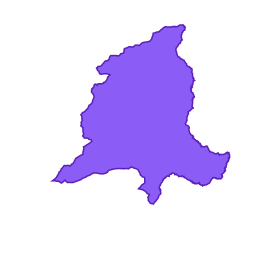 Salamina, Caldas, Colombia, rotated 69°
{"feature_id": "7082276B24883943395769", "entity_name": "Salamina", "entity_type": "district", "adm_level": 2, "iso_a3": "COL", "parent_name": "Colombia", "parent_adm1": "Caldas", "projection": "robinson", "projection_center": [-75.386, 5.344], "detail": "fine", "context": "isolated", "style": "filled", "palette": "violet", "viewbox_px": 256, "rotation_deg": 69, "n_neighbors": 0, "source": "geoboundaries", "source_scale": "gbopen_adm2", "svg_char_len": 5750}
<svg xmlns="http://www.w3.org/2000/svg" viewBox="0 0 256 256"><g transform="rotate(69 128 128)"><path d="M144.6,72.9L142.0,70.1L139.8,69.6L136.7,67.1L136.3,66.4L135.6,66.1L134.9,66.3L134.5,66.1L134.2,65.5L134.0,63.4L133.1,62.2L132.8,60.0L132.5,59.9L131.1,60.6L127.3,58.5L125.7,57.9L124.9,58.2L124.7,57.2L123.4,57.1L123.5,56.5L123.1,55.9L123.2,55.3L122.3,54.8L121.7,55.3L120.8,54.9L118.4,54.9L117.0,56.1L115.8,55.4L115.0,55.8L114.3,55.8L113.9,55.4L114.2,54.9L113.7,54.4L112.4,54.5L113.0,53.7L112.9,53.2L110.6,52.9L110.5,52.6L110.8,52.0L108.7,50.9L108.1,50.1L107.4,50.1L107.4,49.1L106.7,49.7L105.8,48.9L105.1,49.4L104.9,48.9L102.6,49.2L100.1,48.2L98.8,48.7L97.9,47.9L96.3,47.2L95.2,47.3L95.0,48.1L93.9,48.2L93.7,48.6L92.8,48.8L91.1,50.7L90.0,50.6L89.2,50.3L87.8,51.0L85.3,51.5L84.8,51.4L84.3,52.2L82.8,53.1L82.1,54.4L80.6,54.3L79.3,55.8L77.6,55.9L72.0,55.3L70.5,54.2L69.3,52.0L68.0,50.8L67.5,48.7L65.7,47.4L65.2,45.8L63.6,45.9L61.8,45.5L60.4,44.9L59.5,43.9L58.6,43.8L57.9,42.1L57.2,41.8L56.8,41.3L56.9,39.8L55.9,39.6L54.6,38.5L53.7,38.6L53.4,39.5L52.4,39.1L51.3,39.8L51.2,41.0L50.5,42.3L50.5,43.3L51.0,44.9L50.8,46.0L51.0,47.0L49.7,48.0L49.7,49.6L49.2,50.2L49.0,52.1L47.5,55.8L46.9,56.3L47.0,59.0L47.7,59.7L47.8,61.0L49.3,64.8L48.9,66.0L48.7,67.9L48.9,69.0L48.5,70.5L50.4,71.5L52.1,73.2L53.3,73.8L54.8,76.6L54.4,79.8L53.7,82.5L53.6,84.4L55.0,87.8L54.1,89.3L53.3,91.4L53.4,92.0L54.3,94.2L52.8,97.0L52.5,98.3L52.8,100.1L52.6,102.7L53.2,103.5L55.9,104.6L56.4,105.6L56.1,108.2L57.2,109.9L57.1,111.6L55.9,113.6L54.2,118.3L55.4,119.9L57.0,121.0L57.6,122.6L57.9,122.9L57.3,125.2L60.4,130.8L60.4,132.1L59.8,134.1L60.6,134.8L60.6,135.8L63.1,135.8L64.5,135.1L67.3,135.0L68.2,133.8L68.8,130.8L69.9,128.2L71.2,126.4L72.0,125.8L73.3,129.0L74.3,129.2L76.1,131.5L76.9,133.2L76.7,134.5L77.3,134.6L77.5,136.1L76.0,140.1L77.0,141.5L76.2,141.7L75.4,142.5L75.3,143.4L75.7,144.3L76.5,144.4L77.6,145.5L77.7,146.1L78.2,146.4L78.3,147.5L79.5,148.4L81.5,149.2L84.3,148.3L86.8,148.4L90.0,151.4L91.4,152.1L92.6,154.4L92.9,156.3L94.9,158.0L95.6,159.3L97.3,162.9L97.3,165.0L98.0,165.6L98.7,167.2L101.2,166.9L102.8,167.8L104.4,168.0L105.5,169.0L105.8,169.7L108.1,170.3L109.1,171.3L111.5,169.9L112.1,170.3L113.3,170.4L114.0,171.0L115.2,171.1L116.3,171.6L117.7,171.3L119.2,173.2L120.7,172.5L121.7,172.4L122.9,169.5L123.4,168.9L124.8,168.4L125.7,166.7L127.0,166.4L127.6,166.6L128.6,170.3L129.1,173.2L129.5,174.0L129.6,176.3L131.0,176.3L134.5,178.8L136.5,179.5L136.6,182.2L137.6,187.5L141.4,191.9L141.6,193.9L142.8,195.2L142.6,195.7L141.4,197.3L140.8,199.9L140.2,200.7L140.3,201.4L141.5,203.1L142.4,205.2L143.5,205.8L144.0,206.4L144.4,208.1L145.8,209.2L148.3,212.3L149.2,214.0L150.2,217.5L151.1,214.9L151.9,214.2L153.1,211.6L155.0,210.5L155.6,209.6L154.1,205.4L155.7,205.0L157.3,204.0L157.6,202.6L158.5,200.8L159.2,198.8L159.3,190.2L158.7,188.5L158.7,184.6L158.3,183.9L158.3,180.2L157.9,178.7L157.7,176.4L158.6,173.7L160.8,170.3L162.0,167.4L162.2,164.2L162.0,163.3L160.6,161.1L161.3,155.1L162.6,150.8L164.8,145.9L165.1,144.0L166.3,142.4L165.7,139.5L165.4,139.0L165.5,138.7L166.9,137.5L169.5,134.3L170.5,133.7L172.8,133.3L174.9,133.0L176.3,133.3L177.5,132.5L178.6,132.2L180.2,130.2L185.1,131.9L185.9,133.9L186.1,135.5L187.1,136.9L188.5,140.0L191.0,136.3L193.6,134.3L196.0,133.6L197.9,131.9L199.9,134.4L200.5,134.2L202.9,135.0L205.8,134.3L206.6,133.8L208.1,131.4L207.2,130.4L205.9,127.6L205.3,127.0L204.4,125.3L203.5,124.2L202.7,124.0L201.9,123.0L201.3,121.2L199.7,120.4L198.0,120.3L197.9,120.0L197.6,120.2L197.2,119.9L197.1,120.2L196.8,120.1L196.7,120.4L196.2,119.9L195.1,120.3L194.2,119.8L193.2,118.6L192.5,118.3L192.5,117.8L192.2,117.7L191.2,116.6L191.0,115.9L189.7,114.5L189.2,113.6L188.8,113.5L188.7,113.0L188.3,113.0L188.4,112.7L187.9,112.0L188.0,111.6L187.6,111.1L187.9,110.5L187.2,109.8L186.8,108.8L187.9,106.9L187.1,106.7L186.6,106.0L186.4,105.5L186.6,104.5L186.2,104.0L186.3,103.6L185.9,103.3L186.0,102.6L186.7,101.3L187.8,100.7L188.2,101.0L188.5,100.9L188.3,100.0L188.5,99.2L189.6,99.1L190.5,98.2L191.7,97.9L191.8,95.9L192.4,95.6L192.6,95.0L192.2,94.5L193.0,94.2L193.3,93.0L194.4,93.3L195.4,92.0L197.2,91.1L198.9,89.4L199.5,88.3L200.1,88.0L200.3,88.5L200.5,88.5L201.1,87.0L202.0,87.5L202.2,86.9L202.5,87.2L202.8,86.9L203.2,86.2L203.0,85.9L203.1,85.6L203.9,85.7L204.1,85.3L204.0,84.7L204.4,84.6L204.8,83.6L204.5,82.0L204.6,80.9L204.9,80.9L205.4,81.5L205.9,81.3L206.2,81.4L206.8,80.5L207.5,80.3L207.7,79.1L208.8,79.2L208.7,77.2L209.1,75.0L208.5,71.4L207.6,70.7L207.4,70.2L205.6,68.0L205.3,67.6L205.4,66.9L204.8,66.3L205.4,65.4L205.7,64.1L206.0,63.8L206.4,64.1L207.0,63.8L207.3,63.0L207.9,62.2L207.6,61.4L208.6,60.2L208.5,58.7L207.3,57.2L206.6,57.5L206.0,56.9L205.3,57.4L204.8,57.4L204.3,55.1L203.9,54.7L203.5,53.5L202.8,53.2L202.8,52.3L202.1,52.2L201.7,52.8L201.3,52.2L200.5,52.2L200.4,51.5L199.6,51.6L199.6,50.3L198.3,49.9L197.1,48.7L196.3,48.9L195.7,47.6L195.1,47.3L195.1,46.5L194.6,45.9L194.0,46.1L193.5,45.1L192.0,45.1L191.9,44.7L192.4,44.2L191.8,43.6L191.4,43.6L191.0,43.2L189.9,43.3L189.1,42.7L188.3,42.9L187.9,43.7L187.1,42.8L186.5,44.1L186.2,44.1L186.5,45.9L187.0,46.5L186.8,48.8L185.5,51.8L186.1,52.0L186.2,52.3L185.2,52.8L183.7,52.7L183.5,53.5L183.8,55.3L182.7,56.3L182.5,56.9L181.3,57.5L179.4,60.2L178.7,59.9L177.6,60.6L176.3,60.3L175.5,60.6L173.6,60.5L173.4,61.0L173.1,61.1L172.8,62.3L173.0,63.2L172.6,64.2L172.0,65.1L171.8,66.4L170.8,65.8L169.5,66.6L169.2,66.0L168.2,66.2L167.7,67.1L166.1,67.2L166.0,68.0L165.3,67.7L165.1,68.1L164.5,68.3L164.2,69.1L163.1,69.3L162.7,69.8L161.9,70.0L161.7,70.4L161.2,70.4L160.7,71.1L160.6,70.6L159.9,70.1L159.7,70.7L158.8,70.7L158.3,70.2L157.6,70.9L157.3,71.5L156.7,71.5L155.4,72.1L153.6,72.1L150.8,71.7L150.1,70.8L148.8,70.6L147.2,71.3L146.5,72.3L145.4,72.9L144.6,72.9Z" fill="#8b5cf6" stroke="#5b21b6" stroke-width="1.5"/></g></svg>